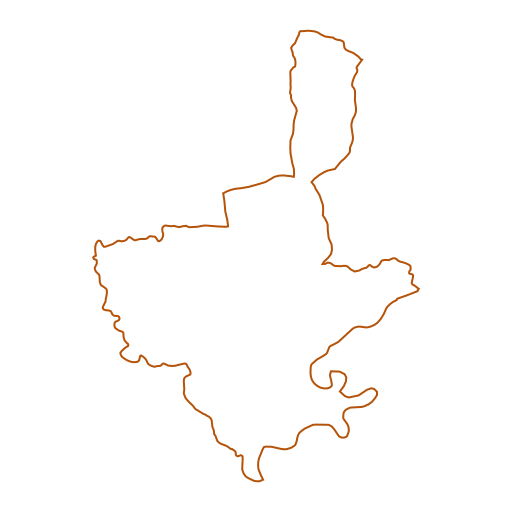 outline of Tsendagang, Daga, Bhutan
{"feature_id": "84629894B97971916223830", "entity_name": "Tsendagang", "entity_type": "district", "adm_level": 2, "iso_a3": "BTN", "parent_name": "Bhutan", "parent_adm1": "Daga", "projection": "mercator", "projection_center": [89.946, 26.88], "detail": "fine", "context": "isolated", "style": "outline", "palette": "amber", "viewbox_px": 512, "rotation_deg": 0, "n_neighbors": 0, "source": "geoboundaries", "source_scale": "gbopen_adm2", "svg_char_len": 6050}
<svg xmlns="http://www.w3.org/2000/svg" viewBox="0 0 512 512"><path d="M418.8,288.9L414.9,285.8L412.4,284.4L411.7,282.9L413.0,276.9L413.1,275.4L412.6,274.5L411.4,274.1L409.8,273.8L409.1,273.2L409.3,271.4L410.2,270.2L410.7,269.1L410.5,266.7L410.1,265.6L408.4,264.5L406.1,263.4L403.9,262.6L400.0,261.6L398.0,260.6L396.4,259.0L395.2,258.4L393.3,258.2L388.8,260.1L385.1,259.9L382.7,260.3L381.3,261.1L380.0,263.6L378.6,265.3L377.0,266.7L375.0,267.4L373.6,267.4L372.0,266.6L370.0,265.0L368.7,265.4L367.7,266.6L366.1,267.9L364.3,268.2L361.8,269.1L359.3,270.5L354.7,271.5L350.8,269.5L349.3,268.0L347.3,266.4L346.1,265.9L342.7,265.9L341.1,266.2L335.1,266.0L333.5,265.3L331.4,263.7L330.1,263.0L327.8,262.6L325.2,263.9L322.6,264.0L323.9,261.8L328.1,257.8L331.0,254.1L332.0,249.7L331.6,244.5L328.7,238.1L327.8,230.4L327.6,224.3L326.9,222.3L325.3,219.1L322.8,215.3L323.1,212.8L323.1,208.0L322.8,204.7L319.5,195.1L317.7,192.1L315.7,189.0L314.4,185.8L311.5,182.1L314.6,178.7L319.4,175.0L324.0,172.2L327.9,170.5L334.9,169.0L340.8,161.7L344.1,158.9L347.2,155.6L349.5,152.7L350.0,150.8L350.0,147.7L351.9,143.1L352.7,140.5L353.0,137.5L351.4,126.3L351.5,123.7L352.8,118.9L354.4,116.2L355.5,113.5L356.0,111.1L356.0,108.3L354.9,100.1L355.1,93.3L354.9,90.6L354.0,88.3L352.6,86.7L352.1,85.3L352.2,83.4L352.8,80.9L354.3,76.7L357.2,71.8L357.3,69.9L356.5,67.9L356.8,66.9L362.1,59.7L360.9,59.3L358.3,56.5L353.4,53.0L347.7,50.7L345.7,49.5L344.4,47.6L343.7,42.4L342.8,41.3L340.4,40.2L337.4,39.8L334.6,38.8L333.1,37.6L325.4,36.6L320.5,34.3L318.1,32.6L314.7,31.4L311.3,31.0L307.9,30.7L304.0,31.1L300.2,31.2L299.6,31.9L299.1,33.2L299.1,34.4L297.0,38.4L295.0,43.3L292.8,45.3L291.1,47.9L292.0,51.0L292.5,51.8L292.9,54.9L293.2,55.9L294.8,58.4L295.1,59.4L295.4,61.4L295.5,63.5L295.1,66.5L293.3,67.4L290.8,70.6L290.4,71.5L290.3,72.5L290.6,80.7L290.5,83.8L290.7,87.9L290.0,92.9L291.1,95.3L291.0,97.4L291.7,100.8L296.1,107.9L296.8,110.8L294.2,120.1L293.6,124.5L293.5,129.7L293.0,133.7L290.5,140.4L290.3,147.4L290.5,153.3L292.4,163.7L293.9,169.0L294.1,174.1L293.8,176.8L290.9,176.2L283.0,175.4L278.8,175.7L274.5,176.8L265.6,182.0L258.0,184.3L248.6,186.9L240.3,188.3L235.9,188.7L231.1,189.8L227.1,191.3L223.2,193.3L224.4,201.1L225.3,211.5L227.3,220.0L228.1,226.4L225.9,226.8L218.7,226.5L205.6,225.5L203.0,225.7L197.1,226.8L189.6,227.2L187.2,226.5L186.2,225.8L182.7,226.2L180.8,226.8L178.7,227.1L174.0,225.9L171.9,226.2L169.7,226.1L165.2,225.5L163.7,226.3L162.6,227.4L162.3,228.5L162.3,230.2L162.5,231.9L163.1,233.6L163.1,235.9L162.0,238.8L160.9,240.1L159.5,241.1L158.2,241.1L155.5,237.1L154.6,236.7L150.1,236.2L148.9,236.7L147.7,238.0L145.9,238.9L143.4,239.0L142.5,238.9L139.0,239.2L135.2,240.3L134.0,240.0L130.1,237.3L129.1,237.0L128.2,237.6L126.3,239.9L124.2,240.9L121.7,241.3L118.5,240.7L117.5,241.0L113.0,244.0L105.1,246.8L103.8,246.7L102.7,245.4L100.4,241.0L98.7,240.6L97.4,241.4L96.1,243.6L95.3,246.2L95.2,250.4L95.9,255.7L93.8,256.7L93.2,257.4L93.8,258.9L96.5,260.0L96.8,261.1L96.8,263.6L94.7,267.9L95.2,270.2L96.2,271.9L99.1,274.7L99.5,276.3L99.8,281.9L100.7,284.7L101.3,285.4L103.0,286.4L106.0,288.6L106.7,289.9L106.9,290.9L106.8,294.2L105.7,299.3L105.6,301.4L103.4,305.8L102.7,307.7L103.1,308.8L104.1,309.7L106.3,310.3L109.0,310.5L110.7,311.2L111.5,312.4L112.3,314.3L113.5,315.4L114.4,315.8L117.7,316.0L118.9,316.7L119.3,317.5L119.5,318.7L119.2,319.7L118.0,320.7L115.4,321.8L114.7,322.8L114.4,324.1L114.5,326.4L115.3,328.1L117.3,329.5L119.3,330.8L122.4,331.7L123.2,332.5L123.4,333.7L123.6,337.1L124.0,338.8L124.8,340.7L127.1,343.3L127.9,343.8L128.3,344.6L128.1,346.0L125.1,347.8L121.9,350.8L120.4,352.8L120.5,353.9L121.0,355.3L122.0,356.8L123.8,358.2L126.7,360.1L129.8,361.4L132.5,362.1L135.5,362.1L137.0,361.9L138.3,361.3L139.2,360.0L140.3,355.7L141.1,355.5L143.4,356.9L145.0,358.4L146.3,360.1L148.0,363.7L149.5,364.9L151.5,365.9L154.5,366.8L157.6,366.0L160.1,365.9L161.4,365.1L162.4,363.9L163.4,363.5L164.7,363.9L168.3,365.6L172.7,366.0L175.2,365.7L184.0,363.6L185.7,363.6L186.6,364.5L187.7,366.8L189.5,369.3L190.6,372.6L190.3,374.5L185.6,376.7L184.3,378.3L184.0,379.2L183.8,381.3L184.3,389.4L183.8,393.5L185.6,398.1L188.2,401.2L193.0,405.8L195.0,408.6L195.8,409.3L203.6,414.0L205.6,414.7L206.3,415.4L209.1,416.8L210.9,418.6L211.7,420.6L212.4,426.9L213.6,429.8L214.0,431.6L214.1,434.0L215.5,435.9L217.3,440.9L218.7,442.4L221.3,444.0L223.2,444.6L227.0,446.2L230.3,448.6L231.1,449.1L232.0,449.0L234.6,450.8L235.3,451.5L235.7,452.4L235.8,454.5L236.2,455.4L237.0,456.0L237.9,456.3L240.8,455.2L241.8,455.6L242.5,456.4L242.7,458.3L242.2,469.4L243.1,472.2L244.0,474.1L245.8,476.5L248.5,478.2L254.1,480.9L256.2,481.2L259.3,481.3L263.1,479.7L260.7,474.8L258.6,469.5L258.2,467.3L258.1,464.0L258.3,461.7L259.0,458.4L262.3,450.1L263.9,447.1L266.1,446.6L271.7,446.8L281.5,449.0L284.8,449.3L287.0,449.1L291.3,447.7L294.1,445.9L295.0,445.2L295.6,444.3L296.7,441.1L297.3,437.8L297.9,435.6L298.9,433.6L299.6,432.7L301.2,431.2L304.9,428.5L313.0,424.8L316.3,424.6L328.6,424.8L331.6,426.3L332.4,427.1L334.5,429.7L338.9,436.2L339.8,436.8L341.9,437.6L344.2,437.6L346.3,436.8L347.1,436.1L348.6,431.9L348.8,430.7L348.6,427.4L347.4,424.2L343.5,418.8L343.2,417.7L343.5,413.2L344.5,411.2L346.1,409.6L350.1,407.6L362.0,406.9L365.2,406.0L367.1,404.8L368.2,404.6L372.0,401.8L375.2,397.9L377.0,395.0L377.0,391.8L374.2,389.0L371.3,388.3L367.1,389.7L358.6,395.4L348.7,397.5L344.9,396.1L339.9,391.5L343.8,386.2L345.9,381.5L346.3,377.3L344.5,374.1L339.6,371.6L331.0,371.3L330.0,374.6L330.2,376.8L331.1,380.0L331.9,384.7L331.7,385.7L331.2,386.5L329.3,387.8L327.1,388.4L323.7,388.4L320.4,387.6L317.4,386.0L314.8,383.9L312.7,381.3L311.7,379.3L310.8,376.0L310.5,372.7L310.7,367.0L311.3,364.9L311.9,364.0L317.0,359.5L323.8,355.6L326.5,353.6L327.1,352.7L329.2,347.4L329.8,346.5L330.7,345.9L335.7,343.4L338.6,341.7L352.6,328.8L354.5,327.6L357.8,326.7L360.0,326.6L365.6,327.4L367.8,327.3L371.1,326.4L375.1,324.5L377.8,322.4L380.7,319.0L383.7,314.2L386.4,308.1L387.8,306.3L390.2,304.0L392.9,302.0L396.6,300.1L397.2,298.7L407.0,295.3L417.6,291.1L418.0,289.7L418.8,288.9Z" fill="none" stroke="#b45309" stroke-width="2"/></svg>